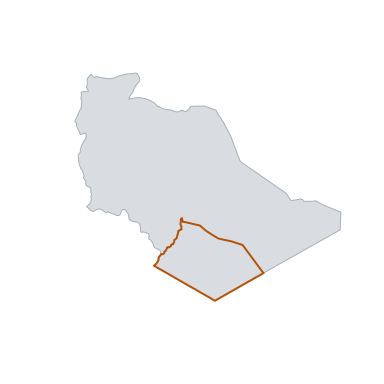 location of Ennedi within Chad, rotated 120°
{"feature_id": "TCD-5579", "entity_name": "Ennedi", "entity_type": "Préfecture", "adm_level": 1, "iso_a3": "TCD", "parent_name": "Chad", "parent_adm1": "", "projection": "natural_earth1", "projection_center": [22.297, 18.351], "detail": "fine", "context": "in_parent", "style": "outline", "palette": "amber", "viewbox_px": 384, "rotation_deg": 120, "n_neighbors": 0, "source": "natural_earth", "source_scale": "10m", "svg_char_len": 5651}
<svg xmlns="http://www.w3.org/2000/svg" viewBox="0 0 384 384"><g transform="rotate(120 192 192)"><path d="M274.6,117.7L274.7,126.0L274.7,134.2L274.7,142.4L274.8,150.7L274.8,158.9L274.8,167.1L274.8,175.4L274.8,183.6L274.9,186.3L274.7,187.4L274.6,187.5L274.3,187.7L270.5,187.0L268.9,186.9L266.6,187.5L263.2,187.8L261.1,187.7L259.6,189.2L258.4,190.9L258.9,195.0L258.8,196.3L258.4,197.7L257.3,198.9L256.3,199.9L255.7,200.7L254.9,202.6L254.4,203.4L254.4,204.6L254.3,205.8L253.6,206.4L252.1,206.9L251.1,207.5L250.2,208.3L249.7,209.0L250.0,209.8L250.4,211.0L250.6,212.8L250.8,213.9L251.5,214.8L252.0,215.4L252.2,216.1L251.7,216.8L249.8,218.1L249.0,218.6L248.2,219.3L247.8,219.5L246.4,220.8L245.7,221.9L245.4,222.8L245.4,224.1L246.1,226.0L246.9,227.6L247.2,228.9L247.4,230.2L247.3,231.5L246.9,232.6L246.2,233.6L243.5,235.5L242.2,237.5L241.2,240.0L240.9,241.4L241.2,242.3L241.8,243.1L242.6,243.5L243.7,243.6L245.6,243.2L247.4,242.9L249.2,243.8L250.2,245.9L249.8,247.4L250.6,250.2L251.2,253.6L251.1,254.7L251.4,255.2L252.6,255.4L252.9,256.2L252.5,262.1L253.0,263.7L253.8,264.9L254.7,265.5L255.6,266.3L256.1,266.8L257.1,267.0L258.3,268.0L258.6,269.5L258.5,270.9L257.8,273.9L257.3,275.9L256.6,275.7L255.2,275.2L253.5,274.8L251.5,274.5L249.5,275.3L247.4,276.3L246.7,277.1L246.1,277.6L245.2,277.5L244.4,277.7L243.9,278.4L243.1,279.2L240.1,281.0L239.4,281.6L239.0,282.2L239.0,282.9L239.3,284.3L239.3,286.0L238.7,287.5L237.9,288.4L237.0,288.8L236.2,289.0L235.7,289.6L234.1,292.8L233.4,293.4L232.0,293.3L228.0,298.1L227.6,299.5L226.1,301.5L224.3,303.7L222.6,304.8L222.5,305.2L222.0,305.7L221.0,306.1L217.4,308.9L213.2,308.7L211.3,309.8L209.4,310.3L206.8,310.8L206.0,310.8L202.5,311.0L198.5,310.9L196.9,311.3L195.5,312.3L194.4,313.2L194.3,313.5L194.4,313.9L194.4,314.2L197.2,316.4L197.9,317.5L197.2,318.6L196.8,318.7L196.8,318.8L196.3,319.6L194.7,322.1L192.2,325.1L190.9,326.0L190.3,326.5L189.7,328.5L189.2,328.8L187.5,329.0L184.1,329.2L179.3,329.9L176.5,330.1L174.7,329.9L172.3,331.3L171.4,331.6L170.8,331.7L168.4,333.0L166.3,335.1L165.6,335.5L162.7,336.3L161.5,337.7L161.0,337.9L159.2,336.0L157.9,334.3L157.3,332.6L157.2,332.1L156.9,332.2L155.9,332.9L155.0,333.8L154.6,335.4L151.6,336.5L149.1,337.5L147.9,338.7L146.1,339.3L143.8,339.0L142.1,338.5L140.3,338.4L141.2,336.9L141.5,335.8L141.6,334.4L141.5,333.5L140.4,333.0L139.8,332.3L138.3,328.1L136.8,323.7L134.7,319.3L132.3,316.6L130.6,314.9L130.1,314.7L129.2,314.2L128.6,313.7L125.5,310.7L122.3,307.5L121.5,306.0L119.9,303.7L118.1,301.4L117.2,300.4L116.8,298.5L118.0,296.8L119.3,294.6L121.0,293.2L123.1,293.1L126.6,293.7L130.4,293.9L134.1,293.4L135.1,293.1L136.0,293.1L138.0,293.6L141.5,293.5L143.3,292.7L141.4,291.2L139.3,288.8L137.4,286.2L136.2,283.9L135.1,280.9L134.1,277.1L133.6,272.3L133.7,269.6L134.0,267.6L135.1,264.4L134.4,262.6L134.6,261.1L134.5,258.8L134.1,257.7L132.8,254.0L132.5,253.6L131.4,251.0L130.9,246.7L129.5,243.9L127.4,242.5L126.1,240.9L125.7,237.9L124.9,237.2L121.4,236.1L118.6,236.1L116.5,232.8L113.9,228.5L111.5,224.6L110.0,216.7L109.1,212.1L110.2,210.7L112.2,207.5L114.9,201.3L120.8,191.8L123.8,186.9L129.9,179.6L137.3,170.6L141.4,165.5L142.2,156.3L143.0,146.5L143.6,139.1L144.3,130.4L144.9,123.1L145.4,117.8L146.0,110.2L146.5,108.8L149.5,102.8L149.7,102.0L149.2,101.0L145.2,96.0L143.9,94.9L143.2,92.3L144.3,90.8L139.5,82.4L138.3,81.3L137.8,80.3L137.7,78.8L137.7,72.9L136.5,63.7L135.0,53.1L140.7,50.0L145.1,47.7L150.7,44.7L155.7,47.8L163.1,52.1L170.5,56.5L177.9,60.9L185.3,65.3L192.7,69.6L200.1,74.0L207.5,78.4L215.0,82.8L222.4,87.1L229.8,91.5L237.3,95.9L244.7,100.2L252.2,104.6L259.7,109.0L267.2,113.4L274.6,117.7Z" fill="#d9dde1" stroke="#a8b0b8" stroke-width="1"/><path d="M226.5,89.6L228.5,90.7L230.4,91.8L232.3,92.9L234.2,94.1L236.1,95.2L238.1,96.3L240.0,97.5L241.9,98.6L243.8,99.7L245.7,100.8L247.7,102.0L249.6,103.1L251.5,104.2L253.4,105.3L255.4,106.5L257.3,107.6L259.2,108.7L261.2,109.9L263.1,111.0L265.0,112.1L266.9,113.2L268.9,114.4L270.8,115.5L272.7,116.6L274.7,117.7L274.7,122.0L274.7,126.3L274.7,130.6L274.7,134.9L274.7,139.2L274.7,143.5L274.8,147.8L274.8,152.0L274.8,156.3L274.8,160.6L274.8,164.9L274.8,169.2L274.8,173.5L274.8,177.8L274.9,182.0L274.9,186.3L274.9,187.4L274.7,188.0L274.3,187.9L272.4,187.2L270.5,186.9L268.7,186.9L267.7,187.1L265.6,188.0L264.4,188.1L262.0,187.6L261.3,187.7L260.5,186.2L260.4,186.1L259.4,185.6L259.0,185.6L258.9,185.6L258.7,185.6L258.4,185.7L258.1,185.8L257.8,186.0L257.6,186.0L257.3,186.0L257.1,185.9L256.9,185.8L256.8,185.7L256.4,185.7L256.2,185.6L255.9,185.3L255.8,185.2L255.6,185.2L255.4,185.3L255.1,185.4L254.6,185.4L254.2,185.4L253.7,185.5L253.2,185.5L252.9,185.6L252.7,185.7L252.6,185.8L252.4,185.7L252.2,185.6L252.1,185.4L252.0,185.2L251.9,185.2L251.8,184.9L251.7,184.8L251.6,184.7L251.4,184.6L251.3,184.4L251.2,184.1L251.1,183.9L250.5,183.7L250.3,183.7L249.9,183.5L249.8,183.4L249.7,183.3L249.6,183.2L249.4,183.2L249.2,183.3L248.9,183.5L248.7,183.6L248.3,183.6L248.1,183.6L247.8,183.4L247.6,183.4L247.0,182.8L246.6,182.3L246.4,182.3L246.1,182.6L245.6,182.5L245.2,182.4L244.7,182.4L244.0,182.5L243.6,182.7L243.2,182.9L242.5,183.3L242.4,183.3L242.0,183.2L241.3,182.8L240.0,182.3L239.9,182.3L239.7,182.2L239.5,182.3L238.9,182.4L238.1,182.7L234.1,183.7L233.9,183.7L233.0,184.3L232.9,184.3L232.6,184.3L230.9,183.4L229.8,182.6L229.6,182.5L229.4,182.6L229.2,182.7L228.8,183.1L228.6,183.3L227.6,183.6L227.4,183.8L227.2,183.9L227.1,184.0L226.8,184.7L226.6,185.0L226.4,185.2L225.4,186.0L222.7,187.1L222.1,187.5L221.7,187.8L221.2,188.1L220.9,188.0L220.5,187.9L220.2,187.7L219.9,187.6L222.3,185.1L220.9,181.0L217.1,168.3L218.6,160.5L219.0,152.3L219.1,145.9L214.9,132.7L212.6,121.7L226.5,89.6Z" fill="none" stroke="#b45309" stroke-width="2"/></g></svg>